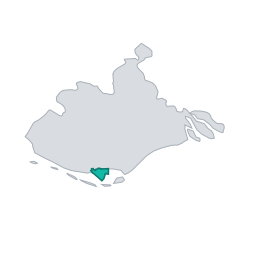 Harlingen, Netherlands (highlighted), rotated 211°
{"feature_id": "6326949B40723251176643", "entity_name": "Harlingen", "entity_type": "district", "adm_level": 2, "iso_a3": "NLD", "parent_name": "Netherlands", "parent_adm1": "", "projection": "robinson", "projection_center": [5.441, 53.126], "detail": "fine", "context": "in_parent", "style": "filled", "palette": "teal", "viewbox_px": 256, "rotation_deg": 211, "n_neighbors": 0, "source": "geoboundaries", "source_scale": "gbopen_adm2", "svg_char_len": 3827}
<svg xmlns="http://www.w3.org/2000/svg" viewBox="0 0 256 256"><g transform="rotate(211 128 128)"><path d="M160.2,207.4L155.8,207.3L151.6,207.2L149.4,206.9L147.0,206.1L145.9,204.3L144.6,202.2L145.0,201.0L148.9,197.4L149.5,196.4L149.1,195.8L149.5,194.2L152.5,188.8L152.8,186.7L151.5,185.2L149.6,184.2L143.3,182.7L140.3,180.4L138.9,178.4L137.5,177.9L135.4,178.5L130.2,179.3L125.9,178.2L120.9,174.5L119.8,171.1L119.2,168.6L117.9,167.7L116.3,169.0L114.1,171.1L109.9,171.3L108.7,170.9L108.5,169.7L108.3,168.6L107.1,167.2L105.9,166.5L100.5,170.3L98.6,170.3L96.1,168.8L94.8,167.4L92.1,168.2L89.6,170.0L90.5,173.3L89.1,173.9L86.1,173.6L82.7,172.3L78.9,171.4L73.1,169.1L65.0,171.0L59.4,168.8L54.7,168.5L51.8,166.8L48.7,163.7L51.0,161.8L53.1,161.1L61.7,160.7L67.9,161.9L79.0,168.4L81.8,168.4L84.8,167.6L83.3,165.8L80.5,164.9L76.4,163.2L73.1,160.7L80.9,159.9L79.8,158.6L78.8,156.4L70.7,148.8L72.1,146.8L74.2,142.4L76.8,138.7L78.8,137.7L82.2,135.1L89.5,127.5L94.2,121.3L97.7,113.9L102.8,93.7L104.4,90.2L106.8,86.4L109.8,87.1L111.9,88.2L119.5,85.3L132.3,77.8L136.1,71.3L139.8,68.3L154.5,62.4L162.7,60.7L175.2,60.2L184.3,59.2L195.2,58.8L199.4,62.4L201.8,65.1L205.7,66.6L211.7,67.6L211.4,72.8L211.6,83.2L211.1,85.0L208.5,89.4L205.7,97.2L205.0,102.4L204.1,103.4L192.6,103.4L191.0,104.3L190.8,105.4L191.4,106.7L191.1,108.0L190.2,109.1L190.7,110.8L192.7,112.8L196.4,114.0L200.2,114.1L202.2,113.9L203.7,115.2L205.2,117.4L205.1,120.1L204.6,123.7L202.8,127.0L197.5,130.9L195.1,132.2L192.9,132.9L191.8,134.0L191.3,135.2L191.4,136.4L195.3,139.5L195.2,140.2L194.1,141.8L192.6,143.3L182.9,146.4L178.8,146.2L176.5,147.8L175.8,148.1L173.3,146.6L167.6,145.0L165.4,145.5L164.2,146.4L160.6,147.5L158.1,149.3L158.1,151.5L162.6,157.3L164.2,158.4L164.3,160.5L166.5,163.2L168.8,166.6L169.1,168.8L168.8,170.9L167.7,174.0L163.7,181.2L163.7,182.6L164.0,183.7L165.4,184.0L166.4,184.5L166.1,185.5L158.7,190.5L157.8,191.4L154.7,191.1L154.2,191.9L154.6,193.3L155.8,194.5L158.5,195.1L160.8,196.4L162.6,198.9L160.2,207.4ZM82.7,172.3L82.0,174.3L80.3,176.6L74.5,180.0L68.4,182.1L65.3,181.9L63.1,180.7L62.0,179.5L58.8,178.4L54.3,177.8L51.5,179.0L49.5,180.2L47.8,180.0L46.5,179.0L45.5,177.5L44.3,172.8L47.6,171.9L54.8,171.6L60.3,173.2L67.6,174.0L73.3,171.7L77.6,173.7L82.7,172.3ZM70.7,152.8L75.0,155.8L75.9,156.7L76.2,157.8L70.7,159.0L65.0,155.3L61.2,156.2L59.8,154.4L59.8,153.3L63.7,152.4L70.7,152.8ZM111.9,79.2L107.6,83.2L105.0,82.1L104.2,81.2L105.6,78.1L111.9,73.0L111.9,79.2ZM130.9,61.8L126.9,62.3L125.1,61.5L134.8,59.3L140.9,58.7L142.0,59.0L130.9,61.8ZM156.9,57.8L148.4,58.7L145.6,58.0L145.1,57.4L147.4,57.0L154.7,56.9L156.9,57.5L156.9,57.8ZM121.5,66.1L113.6,70.2L112.9,69.6L118.0,66.0L121.5,66.1ZM191.6,51.0L187.6,51.2L188.7,49.7L192.4,48.6L194.4,48.6L191.6,51.0ZM174.3,54.9L168.3,56.8L166.8,56.4L167.2,55.9L172.5,54.7L174.3,54.9Z" fill="#d9dde1" stroke="#a8b0b8" stroke-width="1"/><path d="M123.9,83.1L125.5,82.0L125.6,81.9L125.9,81.8L126.7,81.2L129.3,79.5L129.4,79.4L129.5,79.4L129.8,79.3L129.8,79.2L130.9,79.0L130.8,78.8L131.0,78.8L131.2,78.7L131.3,78.7L131.3,78.8L131.5,78.9L131.8,78.8L132.9,78.0L132.9,77.2L134.2,76.2L134.4,74.7L134.6,74.8L134.7,74.7L134.8,74.7L134.7,74.8L134.9,74.8L135.0,74.7L135.3,74.7L135.5,74.7L135.8,74.7L135.8,74.8L136.0,74.8L136.3,74.9L136.4,75.0L136.5,75.0L136.8,75.0L137.0,75.2L137.3,75.0L137.2,75.0L137.3,75.0L137.3,74.9L137.5,74.8L137.5,74.7L137.6,74.4L137.7,74.2L137.8,74.2L137.8,73.9L138.0,73.6L138.2,73.4L138.3,73.4L138.0,73.4L137.9,73.4L137.7,73.4L137.6,73.2L137.7,72.9L137.8,72.7L137.9,72.4L138.0,72.4L138.0,72.2L137.8,72.1L137.7,72.1L137.4,72.1L137.1,72.1L136.9,72.1L136.7,72.1L136.6,71.9L136.3,71.8L136.1,71.7L135.9,71.6L135.7,71.6L135.5,71.2L133.6,71.2L130.3,70.6L128.4,70.3L126.5,69.9L123.2,69.3L122.6,72.3L123.4,75.4L123.9,77.2L121.0,78.3L122.4,80.7L123.9,83.1Z" fill="#14b8a6" stroke="#0f766e" stroke-width="1.5"/></g></svg>